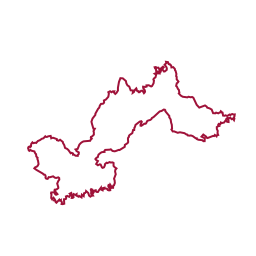 outline of Lagoa Vermelha, Rio Grande do Sul, Brazil, rotated 64°
{"feature_id": "56859067B79352726163221", "entity_name": "Lagoa Vermelha", "entity_type": "district", "adm_level": 2, "iso_a3": "BRA", "parent_name": "Brazil", "parent_adm1": "Rio Grande do Sul", "projection": "albers", "projection_center": [-51.488, -28.199], "detail": "fine", "context": "isolated", "style": "outline", "palette": "rose", "viewbox_px": 256, "rotation_deg": 64, "n_neighbors": 0, "source": "geoboundaries", "source_scale": "gbopen_adm2", "svg_char_len": 5893}
<svg xmlns="http://www.w3.org/2000/svg" viewBox="0 0 256 256"><g transform="rotate(64 128 128)"><path d="M157.2,227.7L158.8,227.5L158.0,225.5L160.1,225.1L160.7,226.2L161.6,225.1L162.9,225.5L163.8,225.1L162.3,221.2L163.2,221.2L163.2,219.9L164.0,220.4L165.0,219.9L166.1,220.1L167.2,221.0L167.8,220.1L168.1,218.5L164.0,216.8L164.6,215.1L163.7,214.1L162.3,213.8L162.4,212.3L164.1,211.0L162.9,208.9L161.5,209.2L161.5,207.5L165.1,208.3L166.2,209.2L166.6,208.3L166.3,207.2L165.0,207.0L163.6,205.8L165.1,204.6L164.9,203.2L166.3,203.9L168.1,202.5L167.6,201.7L170.0,200.2L167.7,198.7L169.8,197.7L167.4,196.1L167.6,195.0L167.1,193.9L166.3,193.3L169.0,192.2L171.7,192.6L173.2,191.9L172.9,190.4L173.4,189.1L172.4,189.2L171.7,189.9L171.0,190.0L168.4,188.6L167.3,188.6L166.8,187.9L167.7,187.1L169.0,188.2L170.0,188.6L171.3,188.0L170.5,186.7L169.5,186.3L169.8,184.3L171.0,184.6L172.0,183.9L172.3,182.9L171.5,181.9L169.8,178.5L171.5,179.2L172.9,178.1L171.0,176.8L171.3,175.5L172.2,176.2L172.4,174.8L173.5,173.5L174.8,173.4L175.8,172.4L176.1,171.3L175.0,171.1L174.8,170.2L173.8,169.6L173.0,169.9L173.2,171.2L171.5,171.2L170.8,170.5L171.7,169.8L170.9,168.9L173.6,168.6L174.6,168.8L175.2,167.6L173.3,166.5L173.3,165.6L171.6,163.9L169.2,163.0L167.5,162.8L164.2,159.3L161.5,158.7L160.1,157.8L159.3,156.1L157.3,157.2L155.7,157.6L153.1,156.3L152.2,156.9L151.3,158.9L150.6,159.4L150.5,161.9L149.8,162.5L150.4,164.6L151.5,165.2L152.8,166.8L152.7,168.3L152.0,168.7L148.9,168.6L148.3,169.2L148.3,171.4L146.4,172.4L144.5,169.5L142.9,170.6L141.6,170.9L140.9,169.3L141.0,168.0L139.0,166.2L138.3,163.4L138.3,161.9L139.2,159.6L138.3,159.3L137.7,158.1L139.5,153.8L139.6,152.8L141.8,152.0L143.0,150.4L143.3,149.4L143.6,146.0L144.1,145.3L143.5,139.2L141.8,138.2L141.4,135.0L140.7,134.0L137.7,132.8L136.8,132.1L136.4,131.1L135.6,130.7L135.0,129.7L134.5,126.4L132.0,124.3L132.5,123.3L130.5,122.1L130.1,121.3L128.5,119.9L127.4,114.7L127.7,113.1L128.5,112.9L130.6,115.4L131.4,115.7L131.9,115.0L131.3,111.4L131.9,110.3L131.6,109.5L130.2,107.8L130.1,106.7L130.5,104.5L130.3,103.2L129.5,102.1L129.4,100.3L127.0,92.3L127.4,90.3L127.1,87.8L127.7,86.9L128.4,86.7L129.3,87.1L135.4,85.6L136.4,86.2L139.0,85.9L142.1,86.9L144.3,87.2L147.9,88.7L148.3,89.6L150.7,89.3L151.2,88.1L154.1,85.4L154.6,83.2L157.4,79.5L159.3,78.4L159.9,77.6L160.8,77.6L162.0,75.8L162.2,74.8L163.6,73.4L167.0,71.6L167.4,70.7L168.2,70.9L169.4,69.9L171.5,66.6L172.9,66.0L173.4,64.9L170.9,63.5L168.0,65.7L166.9,63.2L170.1,61.5L171.3,61.5L171.9,60.9L172.4,55.1L173.0,54.2L172.3,53.0L174.3,52.1L173.5,51.3L173.8,50.0L171.9,49.8L169.9,48.6L167.9,48.6L166.1,47.8L165.9,46.4L166.1,45.5L165.2,45.8L164.5,45.4L164.1,44.6L165.2,43.6L163.8,42.1L164.7,41.6L165.2,39.2L163.8,36.7L165.9,36.2L166.7,35.0L164.7,34.1L162.7,35.0L162.5,34.0L163.5,33.1L163.4,31.6L165.5,31.0L165.5,29.7L167.4,29.3L166.1,28.2L165.0,28.3L164.3,27.3L162.6,26.1L162.0,27.4L161.2,28.1L161.0,29.2L161.3,30.3L160.4,30.9L160.7,33.0L160.2,34.1L159.4,34.7L159.3,35.9L158.5,37.1L155.7,36.3L155.2,37.0L154.4,36.8L153.7,37.2L154.5,37.9L154.2,38.6L154.4,40.4L152.8,42.1L153.1,43.0L152.0,45.0L148.1,44.7L146.2,46.0L144.4,47.9L143.3,47.9L141.5,48.9L140.9,55.0L137.3,56.1L129.4,56.0L128.2,56.8L127.9,58.1L126.4,60.0L126.5,61.2L123.9,65.1L122.1,66.3L119.2,67.2L118.7,66.3L115.9,65.6L114.7,66.0L112.4,65.9L111.3,66.3L109.2,64.6L109.0,63.4L108.4,62.3L105.6,62.9L103.3,61.8L102.5,62.0L100.6,60.8L97.5,60.2L96.6,60.4L95.4,60.0L93.1,60.7L92.6,62.4L90.6,61.8L89.8,62.4L89.0,62.4L88.4,63.4L86.3,63.2L85.2,64.8L86.5,65.1L87.1,67.3L90.3,66.8L91.5,67.0L92.7,67.7L93.3,70.2L92.9,71.0L90.4,71.3L89.7,70.8L89.1,69.3L88.2,69.6L88.9,72.3L90.6,72.8L91.5,73.8L90.6,74.1L87.1,74.2L86.5,75.7L85.4,76.3L85.1,77.4L86.4,77.5L87.1,77.0L89.4,77.8L90.1,77.0L90.6,75.8L91.6,75.1L92.9,75.6L90.9,79.1L90.9,80.2L92.4,79.3L94.5,81.1L94.9,83.2L95.7,84.0L96.6,83.8L99.0,85.4L100.8,88.0L100.8,89.0L98.7,90.6L98.3,91.5L97.8,92.7L98.9,93.1L98.8,94.2L97.5,96.3L98.6,96.8L101.1,96.4L102.5,96.6L103.3,97.3L103.7,98.4L100.8,98.6L100.3,99.9L100.9,101.9L100.5,102.7L99.5,102.4L98.9,103.4L98.0,103.7L96.9,103.2L96.0,103.2L96.9,105.4L98.3,107.0L98.5,108.3L96.6,106.9L95.3,109.1L91.3,108.7L89.5,109.8L87.1,109.9L84.9,109.3L81.1,110.9L79.9,113.0L82.6,115.9L87.4,119.4L89.9,120.6L91.4,123.0L91.8,124.5L89.7,125.1L89.0,124.3L88.4,125.6L88.6,127.2L87.1,128.0L87.2,130.0L88.7,130.1L91.3,132.0L92.7,135.3L92.7,137.6L94.3,138.1L95.0,138.9L95.2,139.9L94.5,141.7L95.5,143.5L97.1,144.9L97.6,146.4L100.8,151.0L101.9,151.6L103.9,155.7L106.3,158.1L108.6,158.6L113.4,159.4L114.1,158.2L115.7,160.4L116.7,160.5L119.0,161.6L119.8,163.9L119.8,165.2L120.5,165.7L121.7,165.3L122.1,166.6L122.9,167.6L120.6,173.6L120.5,174.9L120.8,176.9L121.6,179.0L124.7,182.4L124.3,184.5L125.1,184.3L126.1,184.4L128.4,182.9L129.8,183.7L130.2,184.9L131.0,185.4L129.9,187.3L128.3,188.2L127.9,189.1L126.8,188.6L125.6,189.5L125.6,190.6L121.8,191.2L120.2,191.8L118.3,193.3L115.4,192.8L113.1,193.0L111.9,192.7L108.8,194.2L109.0,195.9L107.8,197.2L106.8,196.8L104.1,199.4L103.6,200.6L103.6,201.5L101.2,201.0L100.5,203.4L100.5,204.8L100.0,205.7L99.2,206.0L100.2,208.5L99.9,210.2L100.3,212.5L100.2,214.8L101.2,217.1L100.6,217.7L100.1,219.8L99.0,220.2L99.9,222.0L102.0,223.3L102.3,224.3L101.5,224.5L101.4,225.6L102.0,226.4L102.8,226.8L103.6,226.7L104.5,227.0L105.3,226.7L105.1,225.2L106.1,224.7L108.0,222.4L110.3,222.5L111.2,222.1L113.4,222.9L115.2,222.3L115.9,223.0L117.9,223.2L121.2,224.2L122.3,225.6L122.7,226.7L122.7,229.0L123.2,229.9L125.6,228.6L131.7,224.5L132.9,224.2L133.4,223.3L134.4,223.0L135.6,223.3L136.4,223.9L137.3,223.9L138.1,223.2L138.5,222.5L137.4,220.8L138.0,219.9L138.6,216.5L140.6,215.5L141.4,214.5L141.8,212.3L142.8,211.8L144.3,212.4L145.1,213.9L146.9,216.0L150.7,216.6L151.5,217.1L151.9,219.3L151.3,220.9L152.0,221.5L156.5,220.4L156.6,221.5L156.2,222.2L155.2,222.5L154.2,222.3L153.3,222.9L152.3,225.3L153.1,225.9L154.1,225.9L157.2,227.7Z" fill="none" stroke="#9f1239" stroke-width="2"/></g></svg>